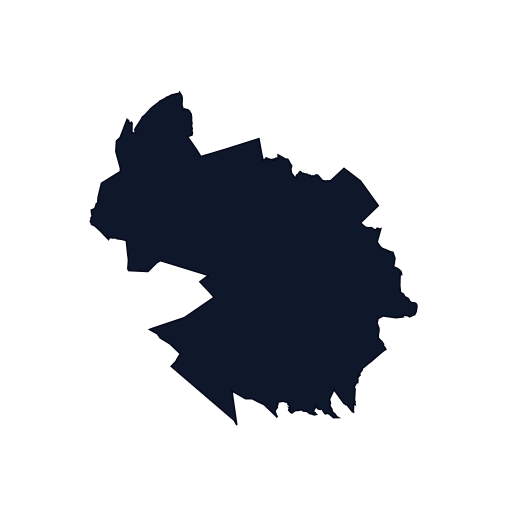 outline of Tolimán, Querétaro, Mexico, rotated 148°
{"feature_id": "50627088B20666054453423", "entity_name": "Tolimán", "entity_type": "district", "adm_level": 2, "iso_a3": "MEX", "parent_name": "Mexico", "parent_adm1": "Querétaro", "projection": "equal_earth", "projection_center": [-99.936, 20.913], "detail": "fine", "context": "isolated", "style": "filled", "palette": "ink", "viewbox_px": 512, "rotation_deg": 148, "n_neighbors": 0, "source": "geoboundaries", "source_scale": "gbopen_adm2", "svg_char_len": 5974}
<svg xmlns="http://www.w3.org/2000/svg" viewBox="0 0 512 512"><g transform="rotate(148 256 256)"><path d="M125.6,233.9L127.6,264.2L134.9,283.7L152.5,280.3L155.0,281.3L155.3,281.9L156.2,281.9L159.6,284.6L160.3,289.2L160.8,292.0L162.2,293.0L164.8,292.7L165.1,293.8L165.7,294.0L166.8,294.0L166.8,294.7L167.1,295.4L167.6,295.8L167.9,296.5L168.7,296.5L169.0,297.1L169.0,297.9L169.6,298.6L170.5,299.2L171.3,300.0L172.0,301.0L172.9,301.2L173.6,304.1L174.9,304.1L176.6,303.1L178.6,303.1L179.4,302.5L181.1,301.0L181.5,302.0L181.9,307.7L180.3,311.4L179.0,312.4L177.8,314.0L178.1,315.8L177.8,318.7L177.8,321.3L179.5,322.4L183.7,330.1L184.9,328.0L185.3,327.2L186.1,327.5L187.1,328.4L189.5,328.4L189.9,327.8L190.3,328.5L190.3,329.0L191.3,328.5L191.9,329.6L193.4,331.1L193.8,330.9L194.4,331.3L194.2,332.1L194.9,333.2L195.5,333.9L196.9,333.2L199.2,333.4L199.1,333.8L197.2,339.2L192.7,350.5L191.3,354.0L194.2,354.7L198.0,355.7L227.4,363.3L244.0,367.9L250.1,369.6L250.0,376.3L250.6,389.8L251.0,393.5L246.1,392.5L244.5,394.3L244.2,395.1L244.2,396.2L242.6,397.7L242.0,399.8L241.1,401.4L239.9,402.4L239.1,404.7L237.5,407.2L236.8,408.2L236.6,409.5L235.8,410.3L235.7,414.5L236.7,416.8L237.7,417.1L238.5,418.6L239.2,418.6L239.6,418.1L240.1,418.6L238.8,423.3L234.8,429.1L234.6,429.7L234.1,431.2L234.0,435.3L234.7,434.8L242.6,437.4L246.7,437.6L247.1,438.0L250.2,437.8L253.6,438.1L255.9,438.3L256.8,437.9L257.8,437.8L264.5,437.2L265.7,437.0L267.4,436.7L271.7,435.5L275.2,434.5L278.9,434.0L281.0,432.7L289.6,428.7L291.6,427.6L292.6,425.7L292.8,424.0L294.2,424.7L295.0,425.7L296.1,426.0L292.1,432.3L290.9,433.9L290.8,434.4L291.3,434.2L291.0,435.4L291.7,435.1L292.8,436.2L293.0,436.3L292.8,437.0L292.6,437.5L292.2,438.6L293.0,439.3L293.0,440.1L298.3,436.2L299.8,435.0L302.0,433.3L308.6,428.4L310.9,428.0L313.4,427.5L316.3,423.4L319.4,419.1L319.5,418.8L320.1,417.0L320.5,415.5L321.0,414.0L321.0,413.9L321.5,412.3L321.8,411.1L322.4,409.3L323.0,407.2L324.6,402.0L324.8,401.7L326.4,399.5L329.9,399.6L348.5,399.6L358.4,389.9L358.7,389.6L359.7,388.3L359.9,388.0L362.0,385.1L362.2,384.8L362.9,384.9L363.5,385.1L366.0,382.9L366.7,382.4L367.5,381.9L368.5,381.7L369.8,382.0L371.3,382.3L371.6,382.0L371.8,381.5L371.8,381.3L371.9,380.9L372.0,380.7L372.5,380.1L372.5,379.8L373.2,378.6L373.0,378.2L373.1,377.7L373.7,377.1L374.1,376.4L375.7,375.8L375.4,375.5L376.2,374.6L377.2,373.9L377.9,373.5L377.7,373.1L377.9,372.7L378.3,372.6L378.2,371.4L378.7,370.4L378.7,369.8L376.8,367.1L374.5,358.9L374.5,358.3L374.0,356.4L374.0,355.8L373.4,353.1L373.2,352.8L373.3,352.7L372.3,348.2L372.2,348.3L371.2,348.8L370.8,349.2L370.7,349.3L369.6,348.6L368.8,348.0L368.5,347.7L368.4,347.6L368.2,347.3L367.5,346.9L367.4,346.8L366.6,346.6L365.5,345.9L365.3,345.0L364.9,344.6L364.3,344.0L364.3,343.9L363.6,343.4L363.1,343.0L363.0,342.9L361.1,341.3L360.0,340.2L359.3,339.4L359.0,339.1L357.8,338.0L359.8,333.8L360.5,332.3L360.9,331.5L363.7,325.8L364.5,324.1L364.6,323.8L365.3,322.3L366.5,319.9L366.8,319.5L368.3,317.4L368.5,317.2L371.5,313.1L371.7,311.1L355.9,300.1L343.8,302.9L339.5,302.7L306.7,264.8L311.3,264.4L317.3,263.9L317.1,262.7L314.3,248.9L313.5,243.2L318.3,243.0L336.7,242.2L349.4,241.7L380.4,249.1L382.1,249.5L384.1,249.9L385.3,250.1L380.9,242.3L380.7,237.4L375.5,227.0L372.0,213.1L375.3,211.6L378.2,210.1L379.7,209.1L386.4,207.4L381.1,190.5L366.9,145.2L361.5,127.9L361.9,122.7L349.1,151.6L348.3,152.9L347.9,154.2L347.1,152.8L341.8,142.9L340.5,140.5L335.0,137.1L334.2,135.8L331.6,131.4L328.7,126.9L327.9,125.7L323.7,109.0L323.7,108.5L323.2,108.5L323.0,109.3L323.0,110.3L322.6,112.4L322.4,113.7L321.7,114.8L320.8,115.3L319.5,115.6L317.9,116.5L317.5,117.4L316.8,118.4L315.8,118.7L315.4,119.5L315.2,120.6L314.2,120.2L310.0,118.5L307.7,115.8L306.1,113.8L307.1,113.8L307.5,113.3L307.5,112.6L306.9,111.7L307.1,110.4L307.9,109.7L308.4,110.1L308.3,108.1L308.8,107.8L309.2,108.6L309.6,108.3L309.6,107.6L310.0,107.6L309.6,106.3L309.7,105.5L309.5,104.8L308.5,103.7L306.9,104.0L305.1,104.1L303.8,103.7L301.0,102.1L299.2,101.9L298.0,99.4L295.5,97.5L294.9,96.5L294.1,94.0L293.0,93.1L290.9,90.4L288.6,89.6L289.0,91.0L288.9,92.0L289.5,92.5L289.5,94.1L286.8,95.5L284.1,97.0L284.1,96.3L284.5,95.7L284.5,95.2L284.7,94.1L284.1,93.1L282.9,91.9L282.0,91.9L281.6,91.7L281.3,91.4L281.2,86.0L280.6,85.2L278.9,84.8L277.6,83.1L276.0,77.8L271.7,75.3L272.6,76.9L272.7,78.9L272.8,80.6L273.5,82.0L273.6,83.7L272.8,86.1L272.8,89.4L271.9,91.0L271.0,91.5L270.3,92.9L270.2,94.2L269.4,95.7L260.7,101.3L259.6,84.6L258.5,82.2L257.7,81.5L257.6,80.4L256.8,73.1L256.0,71.9L255.1,73.7L251.4,78.9L250.6,77.4L249.8,79.5L249.0,80.0L249.1,81.3L242.4,90.7L242.4,92.0L242.0,92.8L238.3,95.2L236.8,94.7L236.6,95.7L235.5,96.2L235.4,96.8L234.4,98.6L233.7,98.9L233.3,99.9L232.5,99.4L231.8,100.4L230.9,99.9L230.6,101.0L230.2,101.5L227.6,102.6L226.7,102.8L225.1,104.4L222.2,104.6L218.5,105.2L215.0,105.5L212.7,105.8L205.4,107.0L198.2,108.0L195.3,108.0L195.2,109.8L195.5,112.6L194.5,113.6L194.6,117.0L195.1,118.4L195.5,120.6L195.5,122.2L193.3,125.3L192.5,126.0L192.1,126.7L191.4,127.3L190.8,128.1L189.9,130.0L189.7,131.4L189.3,133.0L189.0,134.8L185.6,138.3L183.0,138.0L180.0,137.8L170.1,129.5L163.4,126.3L163.3,128.4L158.6,124.6L158.2,123.1L152.4,122.2L149.8,123.8L146.3,127.8L145.7,128.8L145.5,130.7L146.0,131.9L147.2,132.9L148.6,133.9L149.3,135.3L149.7,137.1L149.4,137.6L149.5,139.5L149.9,140.0L150.3,141.1L151.2,142.2L151.4,142.8L151.3,143.7L151.2,145.1L151.2,145.5L151.3,146.0L152.8,148.4L149.8,154.6L144.8,162.1L143.6,164.0L142.4,163.0L141.6,164.7L141.3,166.1L141.4,167.0L141.7,167.8L142.1,169.4L142.7,170.6L144.9,173.8L144.9,174.2L143.0,176.1L139.3,180.5L137.9,186.7L139.5,188.1L142.4,192.2L145.0,195.8L145.5,197.6L145.6,198.0L145.7,198.6L145.8,203.7L145.2,204.3L135.6,213.0L137.0,213.3L137.7,214.6L138.0,215.1L139.0,215.3L139.8,214.9L140.9,215.0L141.3,215.2L141.6,215.5L141.8,215.8L142.4,217.4L142.8,218.5L143.0,218.9L143.7,219.4L144.9,219.8L147.5,221.8L148.3,223.5L148.9,225.6L149.8,228.7L141.9,230.4L125.6,233.9Z" fill="#0f172a" stroke="#020617" stroke-width="1.5"/></g></svg>